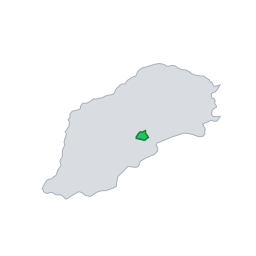 Budapest highlighted on a map of Hungary, rotated 161°
{"feature_id": "HUN-3160", "entity_name": "Budapest", "entity_type": "Capital City", "adm_level": 1, "iso_a3": "HUN", "parent_name": "Hungary", "parent_adm1": "", "projection": "robinson", "projection_center": [19.116, 47.483], "detail": "fine", "context": "in_parent", "style": "filled", "palette": "green", "viewbox_px": 256, "rotation_deg": 161, "n_neighbors": 0, "source": "natural_earth", "source_scale": "10m", "svg_char_len": 2946}
<svg xmlns="http://www.w3.org/2000/svg" viewBox="0 0 256 256"><g transform="rotate(161 128 128)"><path d="M206.7,81.3L209.5,81.0L210.3,81.2L210.8,82.9L210.9,83.0L211.6,84.2L212.3,85.7L213.3,86.8L215.5,87.3L218.4,88.7L220.3,91.4L223.1,92.5L223.3,92.5L223.8,92.4L225.8,92.3L226.2,92.8L227.8,94.1L228.5,95.3L228.2,96.5L228.5,97.9L229.1,98.4L228.4,99.3L223.3,103.9L221.3,105.1L219.9,105.4L217.8,104.9L215.6,105.2L213.7,106.2L211.8,106.5L210.5,107.7L208.8,110.2L206.6,112.4L204.4,113.7L203.3,114.9L203.2,118.9L202.0,120.1L200.4,121.3L199.5,122.3L197.1,128.6L195.2,130.6L193.4,132.1L193.2,133.5L193.2,135.1L191.2,138.3L188.6,141.6L188.1,142.9L188.7,144.8L186.1,146.9L184.7,147.9L183.4,148.4L182.7,149.7L181.4,152.9L181.8,154.3L181.8,155.7L179.7,156.4L179.0,157.9L178.5,159.7L177.6,160.5L175.2,162.0L169.1,161.4L166.8,161.9L166.1,162.9L165.9,163.8L165.2,164.6L163.8,165.6L162.4,166.1L159.2,164.8L152.4,166.1L151.2,167.0L150.3,166.3L148.8,165.8L141.9,165.0L139.3,165.6L135.6,165.4L132.3,164.7L129.8,165.3L127.6,167.8L126.5,168.6L125.7,169.2L123.8,170.0L122.2,170.9L120.1,171.6L118.3,171.5L116.5,170.5L115.9,170.7L115.3,171.7L114.3,172.6L111.7,173.6L111.0,173.6L110.9,173.6L108.8,174.4L105.5,174.8L103.8,174.5L100.7,178.0L99.8,178.7L96.9,179.7L94.5,180.3L92.5,179.8L91.7,179.8L82.6,179.6L77.9,178.9L74.9,177.5L72.9,176.0L71.9,174.3L69.6,173.2L65.9,172.9L63.0,171.2L61.0,168.2L58.2,165.8L54.7,164.1L52.0,161.6L49.9,158.4L46.3,155.5L41.0,152.9L39.4,152.4L39.0,151.6L36.5,148.4L35.4,147.2L35.5,145.6L35.0,144.7L34.0,144.1L33.6,141.8L33.3,140.1L32.6,139.0L26.9,138.8L31.7,134.8L34.1,133.6L36.8,133.8L37.7,133.5L38.0,132.9L38.5,131.6L38.7,130.3L39.0,129.1L38.7,128.5L37.3,128.3L36.7,125.4L37.4,124.3L38.1,123.5L37.3,120.0L37.6,118.8L39.8,118.6L41.5,117.9L43.0,117.0L43.4,115.9L44.6,113.7L43.6,111.0L37.4,109.2L37.1,108.5L38.6,107.8L40.1,106.7L41.0,105.8L42.2,105.7L43.9,106.1L46.8,108.1L48.0,108.4L49.1,107.8L50.3,107.7L53.6,107.8L56.3,107.3L55.7,105.2L55.8,103.7L55.3,102.5L55.6,101.1L56.7,100.1L57.1,97.7L58.9,96.2L59.7,95.9L62.7,96.2L63.4,96.6L63.9,96.7L68.7,100.6L73.3,103.5L77.1,105.0L82.6,105.1L88.5,105.2L98.3,104.7L105.7,104.3L106.2,103.6L107.3,101.9L106.4,100.4L106.5,98.6L107.7,96.4L111.4,94.5L121.8,93.7L127.8,92.3L128.7,90.3L130.7,88.4L132.5,88.1L135.0,88.9L138.0,90.6L140.6,91.5L142.1,90.9L147.4,88.1L153.5,85.4L157.6,77.9L158.0,76.7L162.6,75.9L169.2,76.0L172.6,77.0L175.1,77.5L179.0,77.3L184.5,75.7L186.5,75.8L188.1,76.9L189.8,77.9L191.0,79.1L191.9,80.8L192.4,81.4L193.2,82.3L194.6,83.4L195.9,83.8L206.1,81.7L206.7,81.3Z" fill="#d9dde1" stroke="#a8b0b8" stroke-width="1"/><path d="M116.5,111.1L117.8,111.8L118.5,112.5L119.6,113.1L119.7,113.6L120.4,113.5L122.6,115.0L123.2,115.2L123.6,115.6L123.0,117.0L121.6,117.9L121.0,118.6L118.1,120.3L117.3,120.2L115.8,119.4L112.4,119.9L112.6,118.6L113.1,117.5L113.1,117.0L112.1,114.5L111.8,112.3L113.6,112.1L114.4,111.7L115.1,111.1L116.5,111.1Z" fill="#22c55e" stroke="#15803d" stroke-width="1.5"/></g></svg>